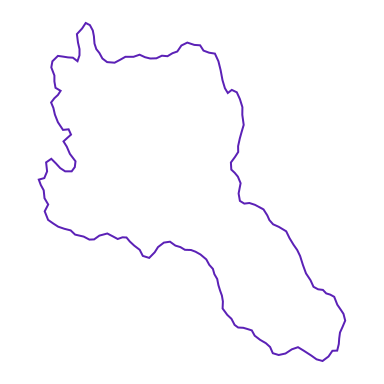 Moema, Minas Gerais, Brazil
{"feature_id": "56859067B10299149147299", "entity_name": "Moema", "entity_type": "district", "adm_level": 2, "iso_a3": "BRA", "parent_name": "Brazil", "parent_adm1": "Minas Gerais", "projection": "equal_earth", "projection_center": [-45.409, -19.845], "detail": "fine", "context": "isolated", "style": "outline", "palette": "violet", "viewbox_px": 384, "rotation_deg": 0, "n_neighbors": 0, "source": "geoboundaries", "source_scale": "gbopen_adm2", "svg_char_len": 2289}
<svg xmlns="http://www.w3.org/2000/svg" viewBox="0 0 384 384"><path d="M82.1,28.5L76.9,34.1L78.0,42.6L79.5,49.1L79.5,55.3L77.5,61.2L72.9,57.7L68.0,57.4L63.0,56.6L57.9,55.9L52.4,61.3L51.3,67.4L54.4,75.5L54.4,81.4L55.5,87.8L60.6,90.8L57.9,95.0L54.4,98.2L51.1,102.5L53.4,108.0L54.9,114.6L57.9,122.2L63.0,129.9L68.6,129.3L71.0,134.6L67.2,138.0L63.5,141.4L66.8,146.7L69.9,153.9L75.5,161.3L74.8,167.1L71.7,171.3L65.1,171.3L60.2,168.1L55.8,163.3L51.3,158.8L46.1,162.4L47.1,171.4L44.3,178.1L38.8,179.6L40.8,185.0L43.7,190.3L44.5,198.2L48.2,204.5L44.7,211.3L48.1,219.9L53.4,223.6L58.2,226.7L64.4,228.8L70.7,230.4L75.1,234.6L83.7,236.6L89.4,239.6L94.1,239.4L99.4,235.6L107.3,233.5L112.9,236.4L117.7,239.0L122.5,237.3L126.5,237.5L129.8,241.5L134.2,245.6L139.7,249.8L142.8,255.9L149.2,257.9L154.7,252.3L158.0,247.1L163.9,242.6L170.0,241.7L175.4,245.6L180.4,247.1L184.9,249.8L191.0,250.0L195.5,251.7L200.5,254.5L206.3,259.4L209.3,264.9L212.9,268.9L214.4,274.2L217.2,279.0L218.4,285.1L220.1,290.6L221.9,295.6L222.9,301.4L222.6,308.5L227.2,314.8L231.5,318.9L234.6,324.9L238.1,327.5L243.3,327.8L247.4,329.0L251.8,330.4L254.7,335.7L260.2,339.9L265.9,343.2L270.1,347.0L272.8,353.2L278.7,355.0L285.5,353.5L291.9,349.3L298.0,347.2L303.6,350.6L311.2,355.5L316.5,359.3L322.5,361.0L328.5,356.5L332.4,350.8L337.2,350.6L338.8,344.0L339.2,338.5L340.0,332.5L342.5,327.0L345.2,320.6L343.5,313.9L340.8,309.8L337.3,304.7L334.2,296.8L330.2,294.6L326.2,293.4L322.9,289.9L318.1,289.3L313.5,286.8L310.5,280.2L306.0,273.4L302.9,264.9L300.1,256.0L297.2,250.0L293.5,244.7L289.5,238.1L286.2,231.3L278.9,226.9L273.1,224.3L269.4,220.1L267.3,215.4L263.5,209.4L254.9,204.8L249.4,203.0L244.3,203.6L239.9,200.9L238.6,193.5L240.6,183.2L237.9,176.7L234.7,172.8L231.3,169.6L230.9,162.5L234.9,157.1L238.2,152.0L238.1,146.2L239.8,138.5L241.6,132.0L243.7,124.9L242.3,114.8L242.4,107.2L239.9,99.1L236.8,92.3L231.8,89.9L227.8,93.0L224.9,88.2L222.5,80.2L220.6,70.1L218.4,61.2L214.9,53.6L209.1,52.7L203.5,50.6L200.1,45.3L194.3,44.9L187.3,42.6L181.4,45.5L177.3,51.5L172.5,53.2L167.5,56.2L161.9,55.7L156.4,58.3L150.2,58.5L145.0,57.2L139.6,54.7L133.5,56.8L125.4,56.8L120.1,59.8L114.6,62.7L107.1,62.1L102.4,58.5L99.4,53.0L96.3,49.1L94.5,43.6L93.9,36.2L92.8,30.5L89.9,25.1L85.7,23.0L82.1,28.5Z" fill="none" stroke="#5b21b6" stroke-width="2"/></svg>